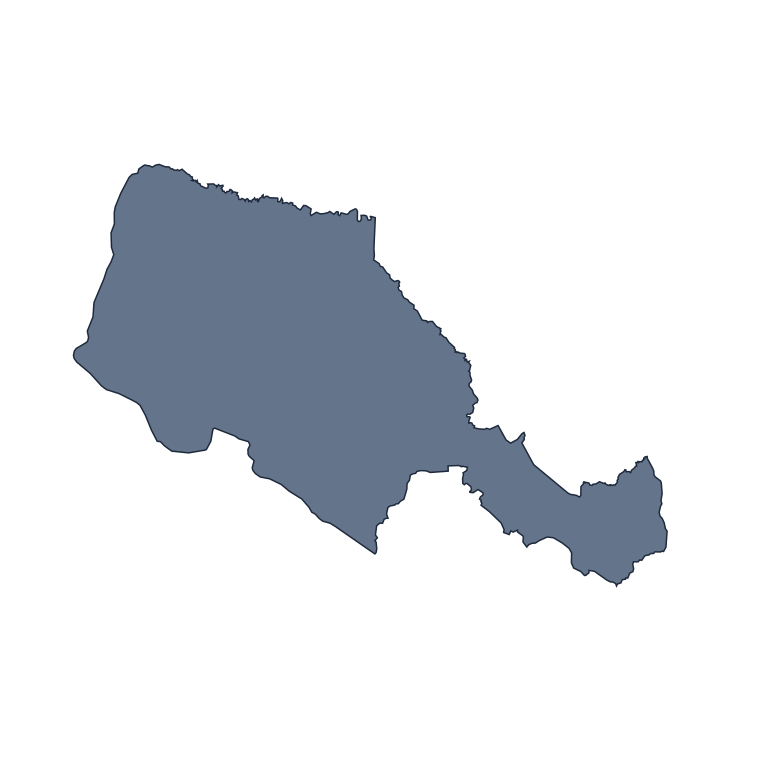 the district of Isidro Ayora, Guayas, Ecuador, rotated 102°
{"feature_id": "8360857B10119074569782", "entity_name": "Isidro Ayora", "entity_type": "district", "adm_level": 2, "iso_a3": "ECU", "parent_name": "Ecuador", "parent_adm1": "Guayas", "projection": "mercator", "projection_center": [-80.16, -1.923], "detail": "fine", "context": "isolated", "style": "filled", "palette": "slate", "viewbox_px": 768, "rotation_deg": 102, "n_neighbors": 0, "source": "geoboundaries", "source_scale": "gbopen_adm2", "svg_char_len": 6146}
<svg xmlns="http://www.w3.org/2000/svg" viewBox="0 0 768 768"><g transform="rotate(102 384 384)"><path d="M487.2,593.9L486.9,590.7L490.3,585.6L493.8,577.6L492.0,560.8L485.9,545.4L485.0,544.1L476.1,541.5L464.4,541.9L463.2,541.7L462.4,540.3L465.9,518.9L467.8,514.7L468.6,504.5L471.7,502.4L476.3,503.5L481.0,502.3L482.8,500.7L486.0,495.1L493.4,495.5L495.8,494.2L498.3,491.3L500.7,485.7L500.5,476.3L503.6,463.7L508.5,454.5L513.6,440.4L520.3,431.6L524.4,428.0L525.5,424.3L529.0,419.4L530.9,415.4L531.4,407.8L533.4,402.2L552.1,357.6L550.6,356.7L546.7,356.8L540.2,358.9L539.3,360.4L535.8,358.5L533.4,361.0L524.1,361.7L521.0,359.2L520.4,356.4L516.4,355.8L515.0,354.1L514.4,352.2L510.6,354.5L504.0,354.5L502.0,352.6L500.2,348.3L498.8,347.4L498.1,345.1L495.4,343.7L492.5,340.6L482.3,339.8L476.6,340.7L472.9,339.1L467.7,339.3L465.9,337.2L464.8,334.5L462.6,333.6L461.0,329.8L460.2,324.8L460.9,320.4L455.9,303.1L450.8,304.3L448.2,294.0L448.8,290.8L448.1,290.1L448.1,285.1L451.4,285.1L454.5,288.2L456.2,287.4L459.9,287.5L464.8,286.3L465.8,284.6L464.3,283.2L464.1,282.0L466.4,277.7L468.5,276.7L470.1,276.7L471.4,277.8L472.1,277.4L471.8,274.2L467.7,270.1L469.9,264.4L471.7,264.1L474.5,266.2L476.7,266.7L477.7,264.7L479.1,264.7L480.1,263.5L482.4,263.9L486.8,254.6L495.6,240.5L501.4,236.3L504.4,236.1L505.2,230.2L501.4,229.4L502.0,226.9L499.2,223.0L501.1,222.5L503.6,216.7L504.8,215.9L509.6,215.2L513.8,210.4L511.1,209.0L509.0,206.1L508.1,202.8L504.9,199.6L499.7,192.5L499.2,186.2L502.4,176.7L506.3,168.8L510.2,165.4L520.0,163.5L524.6,160.2L526.5,152.5L529.6,148.1L529.2,146.8L526.1,144.3L523.7,144.8L523.5,139.1L529.5,125.2L530.5,121.3L530.1,118.7L531.1,115.9L533.2,114.6L531.0,114.0L529.3,110.9L525.9,110.3L524.7,107.2L523.5,107.3L523.1,105.2L517.9,104.3L515.9,101.6L512.8,101.4L508.4,103.3L506.0,102.9L505.1,98.5L502.9,97.2L502.9,95.3L497.6,93.0L496.1,89.2L494.4,88.0L493.7,85.0L491.9,84.2L490.7,78.4L489.6,77.1L489.7,75.7L485.0,74.3L469.1,76.5L466.9,78.7L461.5,81.1L457.7,83.9L455.7,86.6L452.3,88.2L446.2,88.1L443.4,87.3L440.5,88.8L433.3,89.2L423.1,92.2L421.3,93.4L418.3,99.7L416.5,101.2L413.3,101.9L410.4,103.8L402.1,110.9L400.2,111.5L401.1,113.6L402.8,113.6L402.6,114.5L404.4,114.3L405.0,115.4L406.3,115.4L406.9,118.1L407.9,118.6L407.0,119.5L408.4,120.2L408.5,121.3L411.6,119.8L412.3,121.0L413.5,121.2L417.0,124.0L419.4,124.3L418.7,126.0L419.5,128.8L417.8,129.5L417.7,130.5L419.8,131.2L423.4,134.8L426.6,135.7L428.4,135.1L429.7,135.9L431.4,135.3L435.0,137.1L434.8,138.2L435.7,139.4L435.4,140.9L436.2,141.2L435.6,142.1L436.5,143.5L435.6,146.9L434.9,147.1L435.5,148.7L434.8,152.9L437.7,155.9L438.5,158.6L439.8,159.2L440.1,161.3L438.3,163.0L438.2,167.6L438.8,167.0L439.2,168.4L440.1,168.1L443.5,170.0L452.2,168.3L453.9,169.4L452.9,172.7L453.2,178.8L452.4,181.5L431.8,220.8L413.0,236.9L409.2,235.2L407.5,235.9L405.1,235.4L402.3,236.9L403.7,238.6L410.6,242.1L415.5,247.9L413.4,252.9L400.9,263.8L406.4,271.3L406.0,274.5L407.4,276.2L408.2,282.0L408.1,286.9L406.2,286.6L405.5,288.9L404.0,289.8L403.8,291.5L404.7,292.9L402.0,293.3L398.6,292.8L398.2,293.9L398.9,295.8L397.2,296.8L396.0,295.7L395.6,293.5L393.4,291.3L388.8,291.2L386.5,292.8L383.7,290.8L382.9,289.2L380.1,288.8L378.4,289.9L375.0,294.4L371.6,296.3L368.3,300.5L365.8,300.7L363.8,299.3L362.0,299.1L357.8,301.6L354.6,302.4L353.7,303.9L352.8,303.1L347.7,303.0L345.4,305.7L344.0,305.3L345.2,307.3L342.8,308.4L344.1,309.7L342.5,310.0L341.9,311.3L340.0,310.0L338.1,310.8L337.5,311.8L338.0,316.5L337.3,317.6L338.1,319.1L337.2,319.6L338.0,321.0L335.5,321.5L334.7,322.8L333.6,322.6L329.7,329.2L325.8,333.1L325.7,335.0L323.5,338.5L324.0,339.6L320.0,339.4L319.4,340.4L318.1,339.9L316.8,344.6L312.7,349.6L313.5,352.8L314.7,354.3L313.4,355.2L313.6,360.0L305.7,366.5L304.1,370.5L300.7,371.0L298.7,376.1L296.6,378.4L295.8,382.1L293.3,384.7L289.9,386.1L289.0,388.9L286.5,390.3L285.1,389.3L282.4,390.5L281.4,389.8L280.4,390.4L279.9,391.9L281.6,395.1L280.7,397.3L279.2,400.0L276.1,401.2L274.7,404.6L269.9,409.5L269.6,412.2L267.2,413.9L264.8,419.9L260.5,420.1L253.7,422.0L223.1,427.1L222.8,431.9L223.3,432.2L224.0,431.0L226.0,431.0L226.9,432.8L226.8,433.8L223.4,435.8L223.0,438.1L223.9,441.5L226.5,440.6L228.8,440.7L229.9,441.4L230.3,443.0L228.8,444.3L220.8,445.8L218.8,447.3L218.7,448.6L222.3,453.2L224.6,454.2L225.8,455.6L225.5,461.5L228.6,462.4L227.9,464.2L226.0,464.2L225.1,464.9L225.4,466.3L228.4,468.3L226.5,473.0L227.9,474.2L230.0,478.6L230.8,481.7L230.1,485.9L234.4,490.4L232.8,491.5L227.9,491.7L225.8,497.4L226.0,499.7L231.1,502.0L230.2,505.2L228.2,507.7L227.9,510.7L226.0,510.9L225.8,513.0L227.5,514.3L226.7,516.9L228.4,520.9L225.6,521.2L223.7,522.8L226.6,523.4L227.8,524.8L227.6,525.8L224.6,526.4L224.3,527.1L225.6,534.4L224.6,537.2L225.1,538.8L226.9,540.1L226.2,541.2L224.2,541.5L225.1,542.4L226.6,542.4L228.2,544.2L231.8,545.0L231.5,545.8L229.5,545.7L229.3,546.6L230.7,547.7L228.9,549.3L230.5,549.9L231.0,551.0L233.4,551.5L232.4,553.2L233.6,554.2L231.7,555.2L231.2,556.4L232.7,557.8L233.9,557.9L232.4,559.5L232.1,561.8L233.5,562.7L233.6,564.3L230.3,565.7L229.7,567.4L227.3,567.1L227.4,571.1L228.6,572.3L226.7,572.4L225.7,574.2L225.8,575.1L227.7,575.5L228.5,577.7L229.9,578.3L229.8,579.6L228.6,580.7L229.0,582.0L227.1,582.7L226.4,583.9L223.8,582.5L223.1,583.0L224.4,585.9L223.4,587.3L226.1,588.7L224.7,589.0L224.6,591.0L223.7,592.2L225.1,598.0L226.0,597.2L228.6,597.1L229.6,598.7L228.2,604.7L226.4,605.6L226.4,607.7L223.7,609.1L225.3,609.8L224.0,611.2L225.0,612.6L224.9,614.2L224.0,613.0L222.9,614.3L221.4,614.5L221.1,616.5L219.9,617.6L219.5,619.9L215.9,626.2L217.9,628.6L217.3,630.6L218.1,631.2L218.3,634.0L217.5,635.7L218.0,637.0L216.4,639.2L217.0,643.4L216.0,649.6L217.3,652.7L220.1,655.8L219.4,658.4L219.6,663.7L221.4,665.6L224.7,668.5L229.0,668.7L231.3,673.9L234.9,676.3L252.4,681.2L266.6,683.7L272.4,683.5L283.5,681.0L292.9,682.4L306.9,679.0L313.7,675.2L321.4,676.4L329.5,678.8L339.3,679.8L364.6,684.6L378.9,682.6L393.9,685.2L399.7,682.7L402.9,682.7L404.9,683.4L413.0,692.2L416.0,693.7L420.6,693.7L423.4,692.4L426.4,689.1L434.7,673.6L444.7,659.8L447.2,654.3L448.5,641.1L452.0,627.6L453.6,622.0L455.6,618.2L463.9,611.1L477.6,601.8L487.2,593.9Z" fill="#64748b" stroke="#1e293b" stroke-width="1.5"/></g></svg>